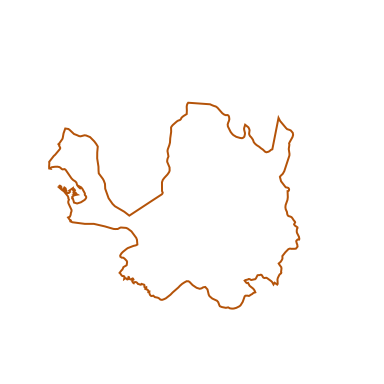 the border of Antioquia, rotated 325°
{"feature_id": "COL-1314", "entity_name": "Antioquia", "entity_type": "Department", "adm_level": 1, "iso_a3": "COL", "parent_name": "Colombia", "parent_adm1": "", "projection": "orthographic", "projection_center": [-75.909, 7.152], "detail": "fine", "context": "isolated", "style": "outline", "palette": "amber", "viewbox_px": 384, "rotation_deg": 325, "n_neighbors": 0, "source": "natural_earth", "source_scale": "10m", "svg_char_len": 5965}
<svg xmlns="http://www.w3.org/2000/svg" viewBox="0 0 384 384"><g transform="rotate(325 192 192)"><path d="M85.7,111.8L86.3,112.0L86.8,111.0L87.4,111.0L87.8,111.8L87.8,113.0L87.3,113.0L86.8,112.5L86.8,114.3L87.3,115.6L88.2,116.1L89.3,115.5L89.3,117.0L90.3,115.9L90.5,116.7L89.9,117.9L89.8,119.0L88.3,118.5L88.7,121.0L90.5,122.1L92.1,121.9L92.2,120.5L96.7,120.5L95.8,121.8L95.6,122.6L95.6,123.5L96.2,123.5L97.1,122.9L97.1,123.5L94.6,124.4L94.6,124.9L95.7,125.2L96.3,125.9L96.2,126.4L95.4,125.9L94.2,125.9L94.8,126.5L96.2,127.5L96.6,128.4L94.8,127.6L92.9,127.0L91.2,127.2L90.2,128.4L90.2,128.7L90.7,128.9L89.3,133.0L91.3,135.5L95.1,136.7L99.6,136.9L101.3,136.4L102.0,136.0L102.5,135.4L102.7,134.7L102.5,133.2L102.7,132.6L103.4,131.8L103.5,131.2L104.0,126.7L103.9,124.7L103.0,122.9L102.7,123.9L103.0,124.9L102.5,124.9L102.2,123.8L101.9,122.1L101.9,120.4L102.7,118.0L102.5,116.4L101.5,114.0L101.1,111.7L101.2,101.5L100.8,100.2L98.9,99.2L98.4,98.2L98.2,96.9L97.7,95.6L96.3,94.1L94.0,92.6L91.4,91.3L89.3,91.1L89.3,91.6L88.5,90.8L89.7,89.0L91.4,86.9L92.3,85.4L99.4,83.2L101.2,83.0L108.2,81.1L109.1,80.6L109.5,79.9L109.6,78.3L109.9,77.6L110.5,77.2L110.5,76.8L110.0,76.8L110.0,76.2L111.4,76.0L116.3,74.2L117.2,73.5L120.4,70.3L124.6,67.3L126.9,69.5L127.4,71.0L128.6,76.8L130.3,79.3L131.6,81.5L132.7,82.5L136.5,83.9L137.7,85.0L140.0,88.6L141.0,94.5L141.1,97.6L140.9,100.7L137.1,105.2L133.6,110.1L129.9,117.6L127.7,120.9L126.3,123.3L126.5,130.0L126.3,132.0L125.4,135.4L122.8,139.5L120.1,149.3L120.1,156.2L120.7,159.5L125.2,169.3L127.1,175.4L154.2,176.2L165.9,176.6L166.7,176.4L167.6,175.8L168.0,174.0L173.0,166.8L175.1,165.3L177.7,164.5L181.9,163.6L184.6,162.6L185.9,161.7L187.7,159.0L189.0,153.0L190.0,151.7L191.2,150.6L193.1,149.4L195.4,144.4L196.6,143.2L200.3,140.6L202.3,138.9L205.0,135.5L209.4,130.8L211.9,127.1L212.9,126.6L214.7,126.1L220.1,125.5L221.7,125.6L223.0,126.0L223.9,126.1L224.9,125.8L225.9,125.2L227.1,125.0L228.5,124.9L232.4,125.1L234.6,122.2L236.5,119.2L237.7,117.9L238.9,117.1L240.1,116.7L257.1,130.5L258.4,132.7L259.7,134.6L260.5,135.5L261.2,137.5L262.0,144.8L262.7,146.9L263.6,148.3L265.3,149.4L265.7,150.3L265.5,151.6L264.4,153.7L263.1,154.9L261.5,155.9L260.0,157.1L259.0,158.9L258.1,164.9L258.2,167.2L258.5,169.0L259.9,172.2L262.3,175.2L263.8,176.6L265.2,176.9L266.6,176.7L268.3,175.2L269.2,174.1L270.4,171.0L271.2,169.7L274.1,167.4L275.3,171.4L275.0,173.2L274.6,174.4L272.3,176.9L271.8,177.9L271.6,179.5L271.9,181.2L271.9,184.1L271.2,186.6L271.3,188.4L271.8,190.6L273.0,193.5L273.6,195.8L274.4,197.9L275.0,201.0L275.7,202.1L277.5,202.8L278.8,203.0L280.9,202.8L282.3,203.1L305.4,180.9L304.9,184.3L305.7,193.6L306.0,195.1L307.6,197.2L308.2,198.3L308.5,201.3L307.6,203.2L305.9,204.6L300.0,207.5L299.3,208.0L298.9,209.1L295.9,212.3L293.7,216.7L292.7,218.0L279.5,227.9L276.7,229.2L273.9,229.6L272.7,230.0L271.1,234.3L271.4,240.9L271.5,241.9L272.7,243.2L273.2,243.9L273.3,244.7L273.0,245.6L272.4,246.2L271.6,246.5L270.8,246.1L267.5,251.2L265.7,253.2L261.2,256.4L259.8,258.0L258.9,259.8L258.3,262.9L257.4,264.6L257.1,265.6L257.1,266.7L257.5,267.4L258.5,268.6L259.1,269.7L259.2,270.8L259.1,273.8L259.3,275.3L259.1,276.0L257.1,277.0L257.0,278.4L258.1,281.4L257.8,282.0L256.9,282.4L256.0,283.3L255.1,284.5L254.6,285.5L253.9,290.1L253.0,292.0L252.4,292.4L251.3,291.5L250.0,291.7L249.2,292.0L248.4,294.0L248.0,295.6L247.1,297.3L244.7,298.0L244.0,297.7L241.0,295.7L239.7,294.5L238.2,294.1L233.9,294.9L229.3,296.3L228.0,298.3L227.1,299.0L224.7,300.0L222.0,300.3L221.9,302.2L222.0,304.8L221.4,306.0L219.0,308.7L218.9,309.3L218.3,309.7L216.5,309.8L215.6,310.2L213.1,311.6L211.9,312.6L209.5,316.4L208.7,316.7L207.6,313.7L205.7,314.5L206.0,311.9L205.8,310.6L204.1,305.6L203.6,304.8L202.1,304.1L201.4,303.2L201.3,302.5L201.5,300.4L201.3,299.7L200.9,299.2L199.8,298.9L198.6,298.1L197.9,297.8L194.7,299.5L193.5,299.6L193.0,299.3L190.3,298.2L189.7,297.6L189.3,296.5L188.5,295.8L187.5,295.7L185.2,294.8L184.3,294.8L184.4,297.3L184.8,298.2L185.8,298.6L185.5,300.8L185.4,301.9L186.6,305.9L186.8,307.4L186.7,308.8L186.3,310.5L184.4,309.9L182.7,310.1L181.2,309.9L179.7,309.9L179.0,309.8L178.2,308.9L176.3,307.6L175.3,307.7L170.5,311.1L166.7,312.7L165.1,312.8L161.8,312.3L159.3,311.4L157.7,310.3L156.3,309.0L155.5,307.3L153.3,306.3L150.5,303.4L150.1,302.8L149.3,301.5L149.5,300.3L150.3,297.2L150.1,295.4L147.5,290.9L146.6,287.4L146.8,285.7L148.8,280.7L148.4,277.4L146.5,276.5L144.6,276.4L142.8,275.7L140.8,273.1L139.1,268.6L138.4,264.2L137.8,263.0L136.4,262.0L133.9,261.7L131.2,261.6L128.4,261.9L126.0,262.4L118.5,263.2L115.4,263.8L109.6,264.1L107.8,263.8L105.9,263.3L104.9,262.6L104.3,261.7L104.0,260.2L103.3,258.9L101.3,256.8L100.8,254.7L99.4,254.2L98.9,253.7L98.6,252.6L98.8,251.1L99.3,249.9L99.9,249.2L98.9,248.8L99.7,247.7L99.5,246.8L98.3,244.8L99.4,244.6L99.9,243.8L98.7,243.5L98.5,242.8L98.9,241.9L99.6,241.1L99.6,240.5L97.9,238.3L96.9,238.6L96.3,238.0L95.7,237.1L95.0,236.3L95.0,235.1L94.7,234.1L94.0,233.3L92.9,232.8L92.0,233.3L91.7,232.4L91.8,230.9L92.5,229.8L92.9,229.9L93.4,230.2L93.8,230.2L94.0,229.1L93.7,228.7L92.0,228.6L91.5,228.4L91.0,227.5L91.1,226.9L91.5,225.6L91.2,225.2L90.5,225.7L89.9,226.4L90.0,226.8L89.2,226.7L88.8,226.5L88.3,224.6L87.8,224.4L86.5,224.4L87.9,222.9L88.1,222.4L87.8,221.7L86.8,220.9L86.5,220.1L86.5,217.4L86.3,216.7L89.5,215.7L90.5,215.6L92.8,214.2L96.2,214.5L96.8,214.3L97.1,213.8L98.0,212.9L98.7,212.1L99.0,211.0L98.6,208.3L98.3,207.1L97.9,206.3L96.8,205.5L96.2,204.0L96.6,203.0L97.6,202.4L99.0,201.8L101.1,201.4L105.7,201.1L107.2,201.1L113.2,202.6L115.4,203.5L117.1,203.7L119.5,199.6L120.0,197.6L119.8,189.5L118.3,185.0L117.4,183.6L113.4,180.3L112.4,180.0L109.9,179.7L108.0,178.4L106.6,177.3L100.8,170.1L93.4,161.9L85.9,156.6L76.7,148.2L75.5,146.3L76.0,145.8L76.4,145.7L76.2,145.0L76.0,144.7L75.9,144.8L75.9,141.8L77.8,142.2L79.5,141.1L80.9,139.6L82.1,138.8L83.0,137.7L84.3,130.4L84.8,129.3L85.4,128.6L86.8,127.7L87.0,126.4L87.5,125.7L87.9,124.1L87.5,118.1L86.6,115.5L85.7,111.8Z" fill="none" stroke="#b45309" stroke-width="2"/></g></svg>